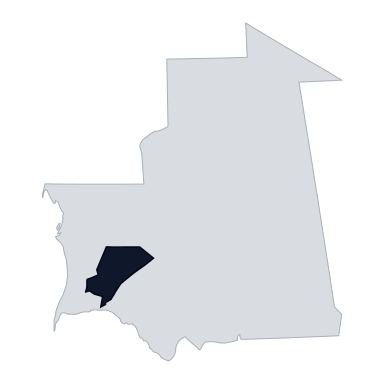 Boutilimitt, Trarza, Mauritania (highlighted)
{"feature_id": "47542326B79459539986617", "entity_name": "Boutilimitt", "entity_type": "district", "adm_level": 2, "iso_a3": "MRT", "parent_name": "Mauritania", "parent_adm1": "Trarza", "projection": "orthographic", "projection_center": [-14.406, 17.884], "detail": "fine", "context": "in_parent", "style": "filled", "palette": "ink", "viewbox_px": 384, "rotation_deg": 0, "n_neighbors": 0, "source": "geoboundaries", "source_scale": "gbopen_adm2", "svg_char_len": 3774}
<svg xmlns="http://www.w3.org/2000/svg" viewBox="0 0 384 384"><path d="M164.3,359.3L163.8,359.1L161.0,357.2L159.6,354.9L157.5,353.2L154.4,352.1L152.5,350.8L151.5,349.3L150.4,348.3L149.2,347.8L149.1,347.3L149.4,346.5L149.1,345.2L147.3,342.2L145.7,340.8L144.3,341.0L143.5,340.6L143.0,340.0L142.8,339.0L141.8,338.2L140.2,337.8L138.8,335.6L137.8,331.5L136.4,328.2L134.8,325.9L133.7,325.1L132.8,324.9L132.5,324.6L132.3,323.9L131.1,323.7L129.3,324.4L127.7,324.2L126.9,323.0L125.9,322.9L124.5,323.9L123.0,323.6L121.3,322.1L120.4,320.7L120.2,319.2L117.3,316.3L111.8,312.0L105.8,310.0L99.3,310.2L95.6,310.0L94.8,309.3L94.0,309.4L93.2,310.2L92.3,310.3L91.4,309.9L90.9,310.2L90.6,311.3L88.3,311.9L84.0,311.9L80.4,312.6L77.7,313.9L73.9,314.4L69.0,314.2L66.1,313.7L65.1,312.9L63.6,312.7L61.8,313.1L60.2,315.2L58.7,319.1L57.5,321.3L56.5,321.8L55.5,324.7L54.9,329.5L54.0,331.6L54.1,319.6L55.5,315.1L56.0,311.1L59.1,302.4L62.8,295.3L66.2,285.8L67.5,276.6L67.2,267.6L66.3,259.6L64.6,254.3L63.1,246.6L60.8,242.5L56.5,239.0L55.6,236.9L56.6,236.1L59.2,235.6L60.9,232.9L57.4,233.9L61.6,225.5L62.9,219.8L62.7,216.0L63.5,213.7L60.5,208.6L58.1,202.2L56.9,201.2L55.6,200.6L55.5,202.1L54.8,203.5L53.3,202.6L50.7,198.0L47.1,190.4L45.8,189.6L44.7,190.7L44.0,191.6L42.7,197.9L42.3,195.4L42.9,192.5L43.9,188.9L45.0,183.9L48.2,183.9L53.9,184.0L65.4,184.1L71.2,184.1L82.6,184.2L88.4,184.2L99.9,184.2L105.6,184.2L117.1,184.2L122.9,184.2L134.4,184.1L140.1,184.1L143.9,184.1L143.6,180.5L143.4,177.7L143.2,173.9L142.9,170.1L142.6,166.3L142.4,162.7L142.1,159.2L141.9,155.9L141.7,152.9L141.3,151.1L140.1,147.7L139.8,146.0L140.1,144.2L140.9,142.5L143.1,139.4L146.4,136.9L150.3,134.1L153.2,132.0L154.7,131.5L159.3,130.7L162.9,129.1L166.4,127.5L167.9,126.6L168.0,123.7L166.8,59.1L184.0,58.8L188.5,58.7L219.9,58.1L224.4,58.0L247.2,57.3L247.1,54.3L246.9,49.9L246.6,44.0L246.4,38.0L245.9,27.5L245.7,23.0L250.3,25.8L259.5,31.4L264.2,34.2L273.4,39.7L282.8,45.3L292.1,50.8L296.8,53.6L301.5,56.3L306.1,59.1L310.8,61.8L320.2,67.3L324.2,69.5L330.3,73.2L335.9,76.7L341.7,80.1L333.2,80.6L322.0,81.1L314.3,81.5L306.4,81.8L299.0,82.2L300.0,88.2L301.0,94.8L302.1,101.4L303.2,108.0L304.2,114.6L307.4,134.5L308.5,141.1L309.6,147.8L310.6,154.4L311.7,161.0L313.8,174.3L314.8,180.9L315.9,187.6L317.0,194.2L318.0,200.9L319.1,207.5L321.1,220.8L322.2,227.4L323.2,234.1L324.3,240.7L325.3,247.4L326.3,254.0L327.4,260.7L328.4,267.3L330.5,280.6L331.5,287.3L332.5,293.9L333.5,300.6L334.5,307.0L337.7,310.3L341.7,314.4L340.9,320.4L339.8,327.7L338.7,335.7L328.1,336.2L317.6,336.6L291.4,337.7L286.1,337.9L259.9,338.8L254.6,339.0L244.4,339.3L241.4,339.2L240.3,338.6L239.8,334.5L239.0,334.8L237.9,336.0L237.4,337.3L237.6,339.0L237.5,340.5L234.1,341.1L229.6,342.2L224.8,343.1L219.9,342.9L218.2,342.6L216.4,342.1L212.6,341.6L210.5,341.6L208.0,341.8L205.2,342.2L204.3,342.9L202.2,346.0L200.2,349.6L198.8,349.6L197.2,347.7L193.0,344.1L187.8,339.4L185.5,337.1L184.3,336.8L181.8,338.5L179.8,340.2L177.7,342.6L176.7,344.8L175.9,347.4L175.6,350.6L174.9,354.2L173.1,357.1L171.1,359.3L169.5,360.4L168.9,361.0L164.3,359.3ZM59.3,227.7L57.6,230.2L56.9,229.2L56.6,227.5L58.1,225.1L58.8,223.8L60.1,223.4L59.3,227.7Z" fill="#d9dde1" stroke="#a8b0b8" stroke-width="1"/><path d="M106.4,246.9L96.8,269.7L97.9,273.8L98.0,274.3L97.9,275.1L90.0,278.4L89.5,278.6L87.2,279.4L86.9,280.6L86.9,284.9L86.8,287.6L85.6,291.9L85.7,292.0L89.4,290.8L93.9,293.8L94.1,294.0L102.6,296.5L101.7,301.8L100.8,307.0L102.6,306.0L105.5,304.4L105.2,302.9L111.0,299.3L112.6,296.6L113.0,295.9L113.2,295.6L113.6,295.1L113.9,294.5L114.2,294.1L114.3,293.8L114.5,293.4L115.0,292.7L115.1,292.3L120.7,283.7L122.3,282.4L125.7,279.5L133.4,273.3L137.5,270.3L145.2,264.8L153.5,258.2L139.7,247.0L136.5,247.0L130.8,247.0L113.9,247.1L106.4,246.9Z" fill="#0f172a" stroke="#020617" stroke-width="1.5"/></svg>